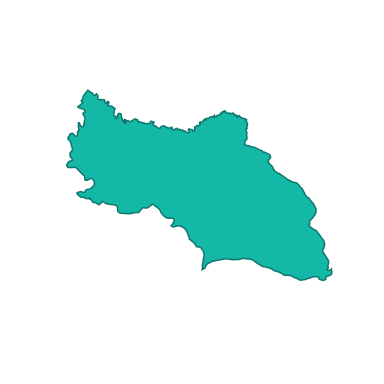 outline of Nilo, Cundinamarca, Colombia, rotated 64°
{"feature_id": "7082276B27819593361412", "entity_name": "Nilo", "entity_type": "district", "adm_level": 2, "iso_a3": "COL", "parent_name": "Colombia", "parent_adm1": "Cundinamarca", "projection": "albers", "projection_center": [-74.661, 4.286], "detail": "fine", "context": "isolated", "style": "filled", "palette": "teal", "viewbox_px": 384, "rotation_deg": 64, "n_neighbors": 0, "source": "geoboundaries", "source_scale": "gbopen_adm2", "svg_char_len": 6032}
<svg xmlns="http://www.w3.org/2000/svg" viewBox="0 0 384 384"><g transform="rotate(64 192 192)"><path d="M271.4,99.8L269.8,99.2L267.8,94.2L266.2,91.3L265.0,89.8L261.7,88.0L255.8,88.0L251.3,89.3L249.1,89.5L246.0,91.2L245.0,91.4L237.6,91.5L235.5,92.3L231.8,93.1L229.3,94.2L227.5,97.0L225.2,98.5L222.9,100.6L220.0,101.9L215.4,104.6L213.7,105.3L212.9,106.5L209.4,108.4L207.6,108.7L204.0,108.7L200.3,110.1L198.4,110.2L197.0,109.5L196.2,107.4L195.1,106.0L192.5,105.8L188.1,109.2L187.4,110.4L185.0,111.4L184.2,112.5L179.5,116.0L177.4,118.7L174.9,121.2L173.2,123.7L172.1,123.7L169.5,122.0L169.1,121.4L169.0,120.1L167.7,118.9L164.9,118.1L163.6,117.1L162.3,116.5L159.5,116.4L159.0,115.6L159.1,114.6L157.5,114.2L156.8,113.2L155.2,112.3L154.0,112.0L152.9,112.5L151.0,111.3L150.6,111.4L150.1,112.2L149.3,112.2L148.7,113.2L146.6,115.4L144.0,116.2L144.9,117.9L144.5,118.7L144.3,118.7L144.1,118.2L143.6,118.7L143.2,118.0L142.2,118.6L142.2,119.4L141.0,119.6L140.7,120.5L139.9,120.1L139.2,120.2L138.9,120.7L139.2,121.5L138.6,122.0L138.3,123.3L137.9,123.8L137.3,123.9L137.2,125.1L136.5,125.7L136.3,126.3L136.0,126.4L135.4,126.2L135.1,126.7L133.4,127.0L133.1,127.4L133.8,128.3L133.2,129.3L134.0,130.6L133.7,132.0L134.6,132.3L134.9,132.7L134.5,133.7L134.6,135.1L134.2,135.9L135.0,137.3L134.1,138.2L132.8,138.2L133.7,139.3L134.5,139.2L134.6,139.6L133.1,140.7L132.6,143.0L133.2,144.7L132.3,146.6L133.2,147.6L133.4,148.1L132.8,148.4L132.2,148.1L132.0,148.5L132.6,149.4L132.5,150.4L133.2,150.8L133.6,151.8L132.7,154.1L133.3,155.1L134.5,154.6L135.0,154.8L135.0,155.9L135.4,157.1L134.4,158.5L135.0,159.7L134.6,160.7L135.7,161.6L137.5,162.4L138.1,163.1L138.1,163.7L137.8,164.2L136.3,164.2L135.9,164.5L135.4,165.6L134.0,166.8L134.0,167.6L135.1,168.2L136.8,168.0L137.3,168.9L137.2,169.5L136.0,170.9L134.5,171.1L134.2,171.4L134.3,172.1L133.9,172.3L133.0,173.4L132.1,173.2L131.9,174.7L131.6,175.1L130.7,175.1L130.4,175.3L130.2,176.2L130.4,176.7L130.2,177.1L128.6,177.3L128.1,177.7L128.1,181.7L127.5,182.2L124.8,181.8L124.9,183.6L124.6,184.4L122.5,186.9L121.5,187.2L120.4,188.0L119.8,189.6L119.8,190.9L120.0,191.9L120.8,193.0L120.2,193.9L118.6,195.2L116.9,195.6L115.5,197.3L113.6,197.5L113.1,195.7L112.7,195.5L110.6,197.5L110.3,198.3L111.1,198.9L111.8,199.9L111.8,200.6L111.0,201.5L110.9,202.8L105.9,208.4L105.5,209.8L104.3,209.3L103.4,209.3L101.4,210.9L101.3,212.2L101.7,215.3L101.6,216.9L101.1,217.5L100.3,217.8L99.3,219.4L98.0,220.1L97.3,221.0L97.9,222.0L98.8,222.0L99.3,220.9L99.8,220.5L100.3,220.5L101.0,221.2L100.8,221.9L98.6,223.0L96.8,223.1L95.5,222.5L93.7,222.6L91.8,221.7L90.6,221.6L89.4,222.9L89.5,224.3L90.5,225.6L92.1,225.6L92.8,226.1L93.0,227.3L92.3,228.2L91.8,228.2L91.4,227.4L90.9,227.3L89.6,228.8L88.8,228.8L86.2,226.9L84.7,226.2L83.7,224.9L83.2,224.6L81.9,225.5L80.2,226.1L79.1,227.2L78.2,229.0L77.7,229.5L77.0,229.4L75.2,227.4L74.4,227.5L73.6,228.3L73.6,228.6L74.7,229.3L74.8,230.0L73.0,231.1L72.2,231.0L71.8,230.4L71.1,230.2L70.5,230.6L70.2,230.9L70.1,231.7L68.8,233.5L69.0,233.9L67.4,235.9L66.8,236.0L66.1,235.3L64.3,234.4L62.5,234.5L61.9,234.9L61.9,235.4L62.6,236.1L62.4,237.3L62.0,237.7L59.2,238.2L57.9,239.4L54.8,241.0L57.9,247.3L60.8,250.0L61.6,251.6L62.3,251.6L63.2,250.7L63.8,251.0L64.9,254.8L65.2,257.3L65.9,257.2L66.8,256.7L69.9,253.4L70.8,252.9L72.6,252.6L73.2,253.0L73.3,255.3L73.6,255.6L75.0,255.9L77.3,255.5L79.0,255.8L83.0,259.1L83.3,259.3L83.5,258.9L83.9,259.1L85.3,260.7L85.4,261.5L85.1,262.2L83.9,263.2L80.7,262.9L80.2,263.1L80.0,263.7L83.2,265.3L86.6,266.4L87.3,267.1L87.5,268.4L90.0,269.5L91.1,270.4L91.1,271.5L90.6,272.3L89.1,272.9L87.6,273.2L86.7,274.1L86.4,276.3L87.8,277.7L88.3,278.9L89.1,279.8L90.1,280.2L90.6,280.2L91.8,279.5L94.2,279.3L101.5,280.8L102.0,281.2L103.3,284.2L103.9,284.8L106.6,285.9L110.7,285.2L111.2,285.6L111.2,286.1L110.6,288.9L111.8,291.5L112.7,292.8L113.3,293.0L114.2,293.1L115.5,292.7L116.6,291.0L118.6,286.2L119.4,285.5L126.9,283.1L130.3,281.6L131.6,281.8L133.3,282.7L134.3,282.8L134.9,282.5L135.6,280.9L135.3,277.9L135.7,276.2L137.8,275.4L140.1,275.4L141.5,275.9L142.8,276.8L143.1,277.4L144.7,281.8L144.7,282.4L143.9,284.1L143.7,286.1L144.1,287.4L145.2,288.0L145.3,288.5L144.5,290.1L142.8,291.8L142.2,295.7L142.9,296.0L144.2,295.9L148.1,294.1L149.2,291.4L150.6,291.0L152.0,289.2L152.4,288.5L152.5,287.6L153.3,287.2L152.6,286.8L153.2,286.2L157.3,285.7L158.0,285.3L159.8,282.9L162.6,281.4L162.1,278.4L161.3,277.4L161.3,276.9L161.6,276.1L164.6,274.4L165.5,273.6L170.5,266.1L172.1,265.6L173.1,265.7L176.1,266.9L177.5,267.1L179.1,266.1L180.3,264.6L183.8,258.4L185.1,254.6L185.6,252.0L186.9,249.3L187.0,248.7L184.5,243.2L185.6,241.4L186.8,238.9L186.2,235.2L185.5,233.3L185.8,232.6L186.6,232.1L192.6,229.1L194.1,228.8L197.8,228.8L200.8,227.9L203.9,226.4L205.5,224.3L206.6,221.4L207.9,220.2L209.2,220.2L209.9,220.4L212.4,223.5L212.9,225.2L213.2,225.5L213.6,225.5L215.2,224.3L216.0,220.3L216.9,218.2L218.5,216.5L221.5,214.6L224.1,214.0L228.4,214.1L230.2,214.5L231.0,214.1L231.6,214.2L232.8,215.1L238.8,212.4L243.0,211.9L243.5,211.6L244.3,209.9L245.6,208.6L248.7,208.0L250.0,207.8L253.6,208.6L255.8,209.8L257.0,211.0L260.5,213.3L262.4,214.9L264.6,215.6L266.1,216.9L266.2,215.7L266.0,213.7L264.1,211.8L263.4,209.7L263.2,205.2L263.4,203.4L266.6,191.4L267.4,189.7L268.5,188.5L270.8,184.8L273.1,179.7L273.5,178.6L273.6,176.7L274.3,174.8L278.4,168.5L280.3,166.8L282.3,165.9L287.3,163.0L289.1,161.6L290.1,161.2L291.6,158.7L294.1,155.9L296.5,153.8L298.4,152.8L300.4,150.9L301.5,149.4L305.7,146.2L306.6,146.1L307.4,145.4L308.9,142.3L310.7,139.6L313.6,137.7L315.2,135.9L318.2,133.9L318.8,133.2L320.4,128.3L320.6,125.1L321.1,123.7L321.1,121.2L322.6,117.2L323.6,115.8L326.2,115.9L328.3,113.7L329.2,112.2L329.2,110.6L328.8,109.7L326.7,108.9L327.3,106.0L327.3,103.2L327.0,102.4L324.6,101.1L323.3,101.1L322.4,100.6L322.8,101.9L322.7,102.9L321.3,104.9L319.8,102.8L319.1,102.5L318.2,102.6L316.0,100.6L313.5,99.4L302.2,100.7L300.4,98.3L297.5,95.8L294.9,95.1L293.3,95.0L281.7,97.1L281.1,97.3L279.6,98.7L275.9,100.7L274.7,101.1L273.7,101.2L273.0,101.0L271.4,99.8Z" fill="#14b8a6" stroke="#0f766e" stroke-width="1.5"/></g></svg>